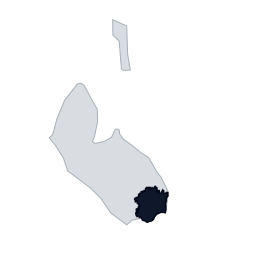 location of Jenin, West Bank, Palestine, rotated 133°
{"feature_id": "87354302B37411468451868", "entity_name": "Jenin", "entity_type": "district", "adm_level": 2, "iso_a3": "PSE", "parent_name": "Palestine", "parent_adm1": "West Bank", "projection": "mercator", "projection_center": [35.215, 32.426], "detail": "fine", "context": "in_parent", "style": "filled", "palette": "ink", "viewbox_px": 256, "rotation_deg": 133, "n_neighbors": 0, "source": "geoboundaries", "source_scale": "gbopen_adm2", "svg_char_len": 5299}
<svg xmlns="http://www.w3.org/2000/svg" viewBox="0 0 256 256"><g transform="rotate(133 128 128)"><path d="M199.7,62.9L201.9,82.9L197.9,100.1L197.5,115.0L200.5,142.8L194.1,154.6L190.4,168.5L188.8,179.0L184.3,178.5L170.1,186.1L151.2,193.2L130.4,195.1L127.5,193.0L126.7,189.4L132.7,171.8L135.1,163.5L144.1,154.5L156.9,146.8L162.3,144.8L161.7,141.5L154.0,136.3L146.1,133.7L138.5,136.3L136.2,135.5L135.4,133.2L138.0,130.1L139.3,124.1L138.1,114.2L137.3,102.1L135.6,92.7L140.3,77.4L141.5,70.2L147.4,54.6L161.1,45.1L173.0,47.9L179.3,48.6L182.0,50.4L183.7,55.8L192.5,62.1L199.7,62.9ZM84.1,165.7L89.2,171.1L89.3,173.1L70.5,193.7L70.3,202.5L59.2,213.1L55.7,202.5L54.1,198.7L74.5,178.4L84.1,165.7Z" fill="#d9dde1" stroke="#a8b0b8" stroke-width="1"/><path d="M156.6,71.9L156.8,71.8L157.0,72.0L156.9,71.9L156.9,72.0L157.0,72.2L157.6,72.5L157.8,72.4L158.0,72.7L158.0,72.4L158.3,72.4L158.2,72.6L158.4,72.9L158.5,73.0L158.7,73.3L158.8,73.4L159.0,73.4L159.0,73.5L159.7,73.9L159.8,73.9L160.2,73.9L160.4,73.8L160.5,73.6L160.9,73.4L161.0,73.3L161.1,73.2L161.4,73.1L161.4,72.9L161.6,72.9L161.7,73.0L162.2,73.0L162.4,73.1L162.5,73.1L162.6,72.9L162.7,73.3L162.9,73.4L163.0,73.2L163.0,73.3L163.2,73.2L163.3,73.3L163.5,73.2L163.7,73.3L163.7,73.5L163.9,73.5L164.0,73.4L164.1,73.5L164.2,73.8L164.3,74.0L164.6,73.9L164.6,74.0L164.5,74.3L164.7,74.5L164.8,74.5L164.8,74.2L164.7,74.2L164.7,73.7L164.9,73.7L165.1,74.0L165.2,74.3L165.3,74.4L165.3,74.1L165.5,74.2L165.8,73.9L166.0,74.0L166.3,74.0L166.5,74.2L166.8,74.1L167.3,74.7L167.5,74.7L168.0,74.8L168.5,74.6L169.2,74.8L169.3,74.9L169.6,74.5L169.6,74.2L169.8,74.2L170.1,74.0L170.4,73.9L170.3,73.6L170.4,73.4L170.5,73.6L170.6,73.4L170.6,73.0L170.4,72.8L171.1,72.9L171.4,73.1L171.5,73.1L171.5,73.3L171.8,73.3L171.9,73.5L172.1,73.6L172.2,73.8L172.3,74.0L172.5,74.0L172.5,73.9L172.7,74.1L173.1,74.2L173.2,74.5L173.6,74.5L174.0,74.7L174.2,74.9L174.5,75.0L175.2,74.9L175.2,74.7L175.6,74.5L175.7,73.4L175.6,73.1L176.1,73.5L176.5,72.8L176.8,72.4L176.5,72.3L176.7,72.0L176.3,71.7L176.0,71.6L175.7,70.9L175.3,70.5L175.4,70.3L175.9,70.4L175.9,70.1L176.0,70.1L175.5,69.9L175.7,69.7L176.0,69.6L176.6,69.6L176.5,69.4L176.5,69.0L176.5,68.7L176.4,68.6L176.7,68.5L176.8,68.3L176.3,68.2L176.6,67.1L176.9,67.0L177.0,66.9L177.5,66.5L178.0,66.4L178.8,66.6L179.3,66.2L179.1,65.8L180.0,65.7L179.7,65.3L180.1,65.3L180.1,65.1L180.8,64.6L180.8,65.3L181.0,65.5L181.2,65.8L181.3,65.7L181.4,65.9L181.3,66.1L181.2,66.0L181.0,66.3L181.5,66.6L182.1,66.0L182.3,66.1L182.7,65.4L182.8,65.2L182.8,64.2L182.6,64.0L182.6,63.8L182.9,63.7L183.2,63.9L183.4,63.9L183.6,63.9L184.0,64.1L184.4,64.6L184.5,64.5L184.4,64.5L184.5,64.3L184.5,63.7L184.3,63.2L184.6,63.1L185.4,63.3L185.5,63.4L185.4,63.8L185.5,63.8L185.7,63.2L186.5,62.1L186.4,61.7L186.2,61.4L186.0,60.9L186.3,60.8L185.4,60.1L185.3,59.6L185.2,59.4L185.1,59.1L185.3,58.9L185.0,58.9L184.7,58.0L184.7,57.4L185.2,55.1L185.5,54.9L185.5,54.6L185.4,54.3L185.2,54.1L185.1,53.6L185.0,53.4L184.9,53.3L184.8,53.0L184.6,52.9L184.3,52.1L184.1,51.7L184.1,51.2L184.2,50.9L184.0,50.7L184.1,50.4L183.9,50.1L183.9,49.7L183.7,49.4L183.1,49.2L182.3,48.9L181.8,48.9L181.6,48.7L181.2,48.3L180.7,48.0L180.3,47.7L179.7,47.4L178.7,47.1L178.3,47.1L178.0,47.2L177.4,47.1L177.1,47.1L176.1,47.6L175.9,47.6L174.8,48.0L173.8,48.1L173.3,48.3L172.1,48.3L171.5,48.2L171.1,48.4L170.0,48.9L170.0,48.7L169.9,48.6L170.0,48.5L170.0,48.2L170.0,47.7L167.5,46.6L165.8,44.9L164.5,42.9L163.6,43.4L163.6,43.7L163.5,43.9L163.1,43.9L162.9,44.1L162.4,44.3L162.0,44.6L161.7,44.6L161.7,44.9L161.4,45.1L161.4,45.4L160.7,46.1L160.5,46.5L160.4,46.5L160.0,46.4L159.8,46.4L159.5,46.8L159.4,47.2L159.1,47.4L159.1,47.5L158.7,47.7L158.6,48.0L158.0,48.4L157.6,49.0L157.0,49.2L157.0,49.3L155.9,50.0L155.3,50.0L155.2,50.2L155.4,50.4L154.0,51.4L153.9,51.5L153.2,52.0L152.6,52.1L152.5,52.3L151.9,52.7L151.7,52.4L151.4,52.3L150.9,52.3L150.3,52.5L150.1,52.8L150.0,53.0L149.6,53.5L149.2,53.7L148.7,54.3L148.4,54.4L148.1,54.9L148.3,55.2L148.4,54.9L148.8,55.0L149.2,54.9L149.5,55.2L149.7,55.3L150.0,55.2L150.0,55.3L150.0,55.5L149.9,55.9L149.8,56.0L150.1,56.1L150.6,56.2L150.8,56.4L151.1,57.1L150.9,57.7L150.8,58.0L150.5,58.5L150.6,59.1L150.3,59.1L150.0,59.0L150.0,59.5L149.9,59.7L149.7,59.9L149.6,60.3L149.9,60.2L150.1,60.0L150.0,59.8L150.8,60.1L151.5,59.8L153.3,59.4L153.9,59.5L154.0,59.7L153.8,59.8L154.1,60.2L153.9,61.0L153.3,61.4L152.9,62.0L152.5,62.4L152.5,62.5L152.8,62.5L153.0,62.6L152.9,62.8L153.1,63.0L153.5,63.4L153.8,63.3L154.9,63.2L155.2,63.2L155.4,63.4L155.4,63.5L155.4,63.8L154.5,63.8L154.3,63.8L153.9,64.3L153.6,64.8L153.4,64.8L153.1,65.0L152.8,65.0L152.7,65.2L152.7,65.4L152.9,65.4L152.9,65.7L153.1,66.0L153.2,65.9L153.3,66.0L153.3,66.3L153.5,66.5L153.4,66.5L153.5,66.6L153.8,66.5L153.6,66.6L153.6,66.8L153.4,66.9L153.2,66.9L153.1,67.0L152.9,67.1L153.0,67.2L153.0,67.3L152.7,67.1L152.9,67.5L152.7,67.3L152.6,67.5L152.6,67.4L152.5,67.5L152.1,67.6L152.1,68.2L152.4,68.1L152.6,68.2L152.6,67.8L152.8,67.8L153.1,67.9L153.2,67.5L153.3,67.4L153.6,67.6L153.9,67.5L154.1,67.5L154.2,67.9L154.6,68.3L155.5,68.6L155.5,69.0L155.4,69.1L155.5,69.1L156.2,69.5L156.5,69.3L157.0,69.5L156.7,69.6L156.5,69.9L156.5,70.0L156.3,70.1L156.0,70.1L156.1,70.3L156.3,70.5L156.2,70.6L156.5,70.7L156.6,71.1L156.4,71.1L156.6,71.2L156.6,71.3L156.8,71.5L156.6,71.7L156.7,71.8L156.6,71.9Z" fill="#0f172a" stroke="#020617" stroke-width="1.5"/></g></svg>